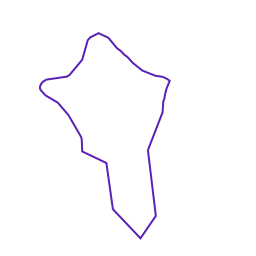 outline of Kingston upon Thames, rotated 322°
{"feature_id": "GBR-2754", "entity_name": "Kingston upon Thames", "entity_type": "London Borough (royal)", "adm_level": 1, "iso_a3": "GBR", "parent_name": "United Kingdom", "parent_adm1": "", "projection": "robinson", "projection_center": [-0.265, 51.379], "detail": "fine", "context": "isolated", "style": "outline", "palette": "violet", "viewbox_px": 256, "rotation_deg": 322, "n_neighbors": 0, "source": "natural_earth", "source_scale": "10m", "svg_char_len": 652}
<svg xmlns="http://www.w3.org/2000/svg" viewBox="0 0 256 256"><g transform="rotate(322 128 128)"><path d="M163.1,35.1L167.8,44.2L168.1,45.4L168.4,58.0L169.7,62.9L170.2,68.1L171.3,71.8L171.9,79.9L174.7,91.7L181.7,103.6L187.0,109.2L189.1,113.6L189.9,116.6L185.7,118.9L182.9,120.5L177.6,124.5L175.3,126.7L174.3,127.6L172.5,128.5L164.8,137.0L130.1,157.7L95.8,214.4L69.9,222.6L66.1,182.7L89.4,142.3L77.5,118.3L84.8,108.1L85.6,105.8L89.0,81.3L88.3,64.8L83.1,51.6L82.5,44.2L83.1,42.5L83.6,41.8L84.4,41.0L87.5,39.5L90.5,39.2L93.6,39.7L111.5,49.9L114.7,50.2L134.0,46.0L150.4,34.0L154.2,33.4L163.1,35.1Z" fill="none" stroke="#5b21b6" stroke-width="2"/></g></svg>